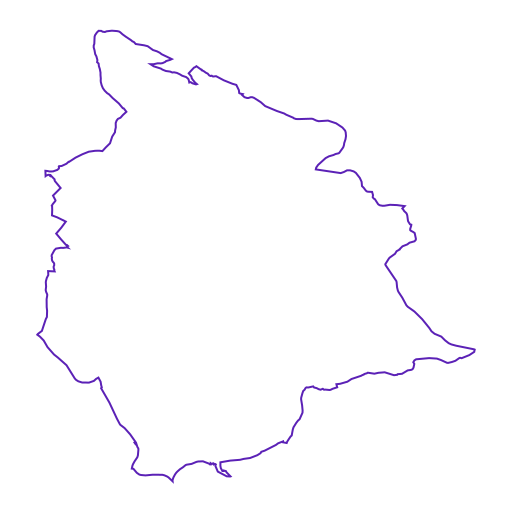 Sanpetru De Campie, Mures, Romania (Equal Earth projection)
{"feature_id": "2599482B10732475322024", "entity_name": "Sanpetru De Campie", "entity_type": "district", "adm_level": 2, "iso_a3": "ROU", "parent_name": "Romania", "parent_adm1": "Mures", "projection": "equal_earth", "projection_center": [24.255, 46.729], "detail": "fine", "context": "isolated", "style": "outline", "palette": "violet", "viewbox_px": 512, "rotation_deg": 0, "n_neighbors": 0, "source": "geoboundaries", "source_scale": "gbopen_adm2", "svg_char_len": 5890}
<svg xmlns="http://www.w3.org/2000/svg" viewBox="0 0 512 512"><path d="M474.2,351.9L474.7,349.6L474.0,349.3L456.1,345.7L451.3,344.4L448.7,343.2L445.0,340.3L441.3,336.6L434.6,333.8L431.5,331.3L429.3,328.0L422.1,319.1L414.4,311.5L407.8,306.8L406.4,305.3L402.3,297.7L398.6,292.1L397.9,290.7L397.1,287.5L396.6,282.1L396.3,281.0L385.6,265.2L385.3,264.2L388.9,258.5L389.7,257.6L395.0,253.8L396.6,251.2L399.3,249.7L399.2,249.6L402.5,246.3L407.3,244.4L409.5,242.7L414.5,241.3L415.8,239.8L415.9,238.8L414.7,233.1L413.4,232.1L410.8,230.7L410.2,230.1L410.2,228.9L411.2,225.7L411.3,224.7L410.0,224.3L408.3,221.6L408.0,220.9L407.3,215.7L406.9,214.2L406.3,213.1L404.1,211.0L403.4,209.8L402.3,208.5L404.6,206.1L397.1,205.1L390.0,204.8L384.7,205.7L382.7,205.8L379.9,205.3L378.6,204.6L378.0,204.0L374.9,199.2L373.8,198.6L372.9,197.5L372.7,197.2L373.0,195.1L372.1,191.9L367.9,191.7L367.0,191.5L365.9,190.7L363.7,187.8L362.0,186.1L361.6,181.8L359.8,177.9L355.9,172.9L353.7,171.4L350.0,170.3L347.1,170.3L343.9,172.0L340.7,173.1L315.8,169.4L316.2,167.6L318.1,164.9L325.6,158.1L329.0,156.3L333.5,155.0L335.6,154.0L338.6,153.3L339.3,152.8L342.7,148.1L343.4,146.9L344.0,144.9L344.2,143.2L345.5,139.2L346.0,136.0L345.7,132.4L345.1,130.6L342.4,127.5L336.1,123.3L328.0,120.6L318.7,121.2L316.4,120.6L312.8,118.9L311.4,118.7L298.3,119.1L295.9,119.0L293.7,118.2L293.2,117.7L286.2,114.7L284.2,113.5L276.9,111.0L265.2,106.1L260.8,102.2L253.9,97.8L252.2,97.2L250.7,97.2L248.4,98.0L247.1,98.0L244.5,97.2L242.1,95.0L242.8,94.1L240.3,93.6L239.2,93.0L238.9,90.2L236.3,84.9L232.5,83.8L223.8,80.3L216.1,76.2L213.1,76.5L212.5,76.3L211.7,75.7L210.5,76.0L209.2,75.4L207.7,73.6L206.0,72.8L203.5,71.0L201.7,70.3L201.7,69.7L200.3,69.0L196.4,66.2L195.4,67.0L193.9,67.7L188.7,73.3L191.3,76.4L191.8,78.3L192.8,79.8L195.2,82.7L196.9,84.1L196.0,84.4L192.4,83.3L190.7,82.2L190.1,82.1L189.3,82.5L188.7,79.9L188.1,78.7L186.2,77.1L182.1,75.7L180.0,74.4L176.9,72.9L174.0,72.3L172.3,72.5L170.2,71.6L165.9,71.0L162.4,69.6L160.9,68.6L153.7,66.3L150.5,64.2L153.6,64.2L157.7,63.3L160.8,63.4L162.6,63.1L165.4,61.8L166.0,61.1L170.1,59.9L171.8,59.1L161.6,54.2L159.7,52.7L156.9,51.3L152.9,50.0L147.7,46.2L144.1,45.3L135.7,44.0L134.0,42.1L132.3,41.3L131.2,40.3L125.8,36.7L122.5,34.3L120.3,32.3L119.0,31.5L117.2,31.1L111.9,30.7L106.6,31.3L104.9,32.0L102.6,31.7L101.3,30.9L98.6,30.8L96.9,32.5L95.1,35.1L94.6,36.6L94.3,43.8L93.7,45.6L93.7,47.5L94.5,50.2L95.2,54.1L96.4,56.4L97.4,60.1L97.1,62.2L98.6,63.5L98.9,66.2L99.8,68.9L100.5,72.6L100.5,75.0L100.8,78.6L100.7,80.4L100.8,82.0L101.7,85.4L102.9,88.2L104.7,90.7L107.1,93.1L109.1,94.4L112.7,98.1L118.8,103.4L122.8,108.2L123.6,108.3L124.4,109.2L126.4,111.8L123.0,114.9L120.5,117.7L117.9,118.9L116.6,120.6L115.7,123.0L115.8,127.4L115.1,130.5L115.0,132.2L112.2,136.6L110.0,143.3L105.8,147.4L102.4,151.1L99.1,150.7L95.1,150.8L88.8,151.7L82.5,154.2L75.6,157.6L69.0,161.9L68.6,161.8L66.5,163.7L65.7,164.1L61.6,166.0L59.0,166.2L58.8,166.5L59.0,168.0L58.8,168.6L57.3,169.9L53.0,171.4L49.8,171.5L47.3,171.0L45.4,170.8L45.6,176.1L46.5,175.4L48.6,174.8L50.4,175.0L50.5,175.5L50.2,176.0L50.7,176.3L51.2,175.9L54.6,179.4L54.6,180.4L55.0,181.2L60.6,188.0L53.0,195.6L55.5,200.3L55.3,201.0L52.6,204.3L51.8,205.7L52.1,206.0L52.2,210.0L52.0,215.4L57.1,217.3L65.8,221.6L61.2,227.8L56.2,233.6L60.9,239.2L66.0,244.9L66.9,245.0L68.0,246.0L67.1,246.5L67.2,247.1L67.8,247.7L66.6,247.4L63.3,247.9L60.8,247.8L56.0,248.6L54.4,250.2L51.7,255.1L51.6,256.2L52.0,257.4L51.8,258.7L52.1,260.5L53.0,262.0L53.7,262.6L54.2,263.7L54.2,265.3L53.7,266.4L53.6,267.0L53.9,268.9L54.3,269.4L54.3,270.7L54.6,271.4L48.1,271.1L48.3,275.0L46.8,277.9L46.0,280.8L45.8,282.2L46.1,286.6L45.7,290.1L46.1,291.8L47.2,294.4L47.2,295.6L46.6,299.2L46.7,307.1L47.1,310.9L46.9,317.0L45.8,319.1L41.9,330.9L37.8,334.0L37.3,334.7L39.8,336.5L43.7,340.5L47.5,347.1L54.0,354.5L57.8,357.5L66.5,365.2L74.8,378.5L76.1,379.9L78.3,381.3L82.1,382.5L89.0,382.6L93.9,380.9L96.1,378.9L98.4,377.6L100.6,381.7L101.2,385.3L101.8,387.4L101.1,388.2L109.4,402.6L116.9,418.6L119.7,423.9L120.3,424.8L124.6,428.1L130.2,434.4L135.6,442.1L134.5,442.6L135.7,444.3L136.4,443.9L137.4,447.0L138.3,448.4L138.4,449.6L137.9,455.4L137.3,457.3L134.6,461.3L133.0,464.2L132.4,465.8L131.8,468.6L133.4,468.8L136.8,472.8L139.4,474.6L141.0,475.0L145.5,475.4L153.0,474.7L162.4,474.8L164.4,475.3L167.1,476.5L168.5,477.4L172.6,481.3L172.5,480.2L173.4,477.5L175.0,474.5L176.2,472.8L177.3,471.6L180.0,469.2L182.9,467.3L185.6,465.1L186.6,464.7L191.6,463.9L196.4,461.9L198.1,461.5L202.9,461.3L209.2,463.7L209.9,464.4L210.8,464.4L210.8,463.4L211.3,463.8L211.9,463.8L212.5,463.5L212.9,463.8L213.5,463.4L213.7,463.6L213.5,464.1L213.7,464.4L214.3,463.9L214.9,464.2L215.5,464.1L215.8,464.5L215.5,464.8L215.5,466.2L217.8,471.6L226.7,476.3L230.2,476.5L230.5,476.4L226.5,472.3L225.9,471.1L223.4,470.4L223.2,470.5L223.3,471.0L222.4,471.0L220.8,468.1L220.4,465.9L220.4,462.3L230.2,460.6L240.1,459.8L243.7,458.9L250.1,458.0L257.3,455.2L260.5,453.2L261.3,451.8L264.6,450.7L276.0,444.9L278.1,443.3L283.0,441.4L283.0,442.3L286.7,443.0L287.2,441.6L288.9,439.0L290.6,436.5L291.7,435.5L292.8,429.5L293.5,427.3L296.3,422.8L298.0,420.6L299.6,419.2L302.5,412.7L302.6,410.5L302.1,405.3L301.1,399.2L301.2,397.7L302.4,393.3L303.2,391.0L304.6,389.7L305.5,388.1L306.4,387.4L308.3,387.5L313.2,386.4L314.1,387.5L316.6,388.1L318.7,389.2L320.6,389.7L322.8,388.8L324.0,389.7L325.5,389.6L329.5,390.0L330.6,389.8L332.6,388.8L337.2,387.3L336.4,384.2L340.1,383.8L347.4,381.7L351.5,379.0L361.1,375.8L362.5,375.0L363.8,374.6L364.3,374.0L366.8,373.3L367.8,372.7L374.4,373.7L378.4,372.8L384.7,372.3L394.0,375.2L397.2,374.8L397.6,374.2L402.0,373.8L407.7,370.4L411.0,369.9L411.9,369.6L412.8,368.9L413.5,367.6L414.3,363.9L413.3,362.2L414.4,360.4L416.1,359.3L429.2,358.1L436.9,358.6L440.9,360.0L447.0,362.8L448.1,362.9L451.9,362.0L455.4,360.8L459.4,358.0L460.1,357.8L461.6,358.2L469.3,355.1L474.2,351.9Z" fill="none" stroke="#5b21b6" stroke-width="2"/></svg>